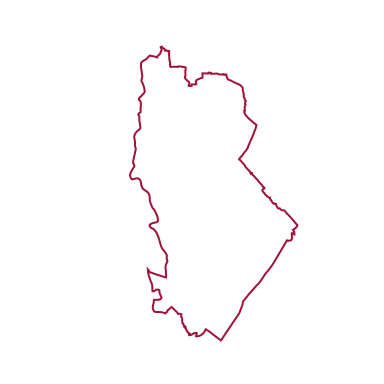 Valeni, Neamt, Romania (Albers equal-area conic projection), rotated 229°
{"feature_id": "2599482B70512380232271", "entity_name": "Valeni", "entity_type": "district", "adm_level": 2, "iso_a3": "ROU", "parent_name": "Romania", "parent_adm1": "Neamt", "projection": "albers", "projection_center": [26.711, 47.039], "detail": "fine", "context": "isolated", "style": "outline", "palette": "rose", "viewbox_px": 384, "rotation_deg": 229, "n_neighbors": 0, "source": "geoboundaries", "source_scale": "gbopen_adm2", "svg_char_len": 5973}
<svg xmlns="http://www.w3.org/2000/svg" viewBox="0 0 384 384"><g transform="rotate(229 192 192)"><path d="M200.3,284.6L205.5,283.7L210.2,283.1L214.1,282.9L217.0,283.4L217.8,283.8L217.9,284.2L218.8,284.5L218.5,284.9L218.6,285.2L219.5,285.7L220.6,286.8L221.8,287.7L222.0,288.0L222.6,289.5L223.6,289.7L224.8,290.8L225.3,292.3L225.8,292.5L226.4,292.3L227.0,292.3L227.7,292.9L228.1,292.9L228.8,293.3L229.8,293.4L231.5,294.8L232.0,295.5L233.4,296.0L235.9,297.4L237.3,298.6L237.9,298.8L241.3,298.5L242.3,297.9L243.1,297.9L244.6,296.9L251.1,294.2L253.4,293.0L254.4,293.1L255.7,293.7L257.5,294.3L257.8,294.4L258.0,294.9L258.6,294.7L258.8,294.0L259.4,293.6L259.2,293.5L259.4,293.0L260.8,292.3L261.1,291.9L261.1,291.5L262.0,290.5L262.7,289.9L265.1,288.5L266.5,286.6L268.7,283.9L269.0,284.0L269.2,284.5L269.4,284.5L270.8,283.4L271.3,282.6L271.3,282.2L270.8,282.0L274.7,277.7L271.5,275.1L271.5,274.6L272.1,273.4L273.0,270.5L273.5,269.2L273.5,268.9L273.1,268.3L272.9,267.3L270.5,265.9L270.7,265.5L272.2,263.7L273.3,262.5L273.4,262.2L272.4,261.2L274.2,259.1L274.9,259.8L275.7,261.4L276.9,261.9L279.7,261.4L281.1,261.5L282.4,261.4L283.0,261.6L283.7,262.4L283.9,263.2L284.5,263.8L287.4,266.0L288.2,267.2L290.2,268.9L292.0,267.7L292.4,267.1L294.6,265.4L295.6,264.2L295.7,263.2L296.4,263.0L297.0,262.0L298.4,260.6L299.3,259.2L300.2,258.4L300.3,257.9L300.6,257.8L301.9,258.4L302.5,258.8L302.6,259.4L303.1,259.7L303.4,259.7L305.4,261.1L307.0,261.9L308.1,262.9L310.8,264.8L313.0,267.1L313.7,267.2L314.2,266.1L314.7,266.1L316.5,264.4L317.0,265.2L317.5,265.0L318.2,265.0L319.4,264.6L320.0,264.2L321.5,264.6L321.9,263.6L321.9,263.4L319.5,262.7L319.4,262.5L319.4,262.3L319.2,262.1L318.3,260.7L317.8,259.3L317.2,258.8L317.1,254.8L316.4,254.0L318.8,252.6L322.7,249.6L322.3,244.9L323.0,240.8L323.0,239.1L322.4,237.8L321.2,236.7L319.8,235.5L312.6,230.9L311.8,230.2L309.6,227.3L308.8,226.6L306.4,226.1L303.6,225.0L300.9,223.6L298.9,222.3L298.3,221.4L297.6,216.2L297.7,214.9L297.4,213.6L297.2,213.1L296.2,212.4L295.6,212.6L294.2,212.5L293.0,212.0L291.2,210.5L288.8,208.0L286.0,205.7L286.2,203.1L285.8,202.4L285.1,202.0L284.3,202.1L283.3,201.6L280.7,199.3L274.2,195.2L273.9,194.4L273.7,192.7L273.9,189.9L273.0,186.6L271.3,184.2L269.8,183.5L267.0,181.7L265.2,180.0L263.4,178.8L261.5,178.0L259.2,175.0L255.0,169.3L252.9,166.7L250.7,166.2L249.9,165.8L249.0,165.2L248.9,164.4L248.1,161.6L247.1,159.1L245.7,156.4L243.9,155.5L242.9,155.0L241.2,154.9L240.6,155.4L239.0,158.6L238.4,159.5L237.1,160.5L235.8,160.6L234.3,160.5L232.2,159.5L230.6,158.4L228.4,157.3L226.8,157.1L225.3,157.3L221.7,158.3L219.8,158.4L217.9,157.9L216.3,157.0L213.4,154.7L211.8,153.8L206.7,152.0L205.5,151.7L203.4,151.9L197.2,150.2L195.4,149.3L193.2,148.0L192.3,147.0L192.3,145.8L193.3,143.7L194.2,142.3L195.0,139.6L194.9,138.4L193.5,137.5L192.5,137.4L189.2,138.7L184.8,138.6L179.8,137.0L171.6,133.2L169.8,132.6L168.5,132.3L165.6,132.3L162.0,131.9L160.6,131.4L158.7,129.5L155.6,127.8L154.5,124.9L153.1,123.1L152.2,122.3L149.2,120.3L147.6,118.8L146.1,117.8L144.6,116.3L153.9,110.5L154.4,110.3L156.1,109.3L157.1,108.8L158.5,107.9L159.3,107.7L162.5,107.9L160.3,106.2L157.8,104.8L151.6,102.2L149.6,101.7L148.6,101.1L147.5,100.7L144.2,97.9L142.9,97.1L142.7,97.6L141.9,98.5L141.8,99.8L141.9,100.8L140.0,102.9L139.0,102.9L138.7,102.4L137.5,101.4L133.4,100.1L132.3,99.6L132.0,99.2L131.8,98.6L131.9,97.8L132.2,96.8L132.7,95.9L135.6,92.5L134.3,91.2L133.3,90.1L131.6,87.6L130.0,86.1L129.3,85.7L126.9,85.2L126.2,85.3L125.6,85.6L123.2,88.2L121.2,90.2L120.3,90.9L117.8,92.4L118.1,92.9L118.0,93.2L118.0,94.8L118.7,95.8L118.7,96.2L118.4,97.4L118.4,97.6L118.7,98.1L118.7,99.4L118.5,101.3L115.4,101.4L110.9,101.8L109.1,101.5L108.4,102.6L106.8,103.8L105.5,102.5L104.7,101.9L103.7,101.8L102.6,101.4L101.2,100.0L100.1,99.2L98.9,98.7L98.2,99.0L96.9,98.3L94.9,97.5L94.6,97.5L94.4,97.8L95.2,98.1L95.4,98.4L95.3,98.7L95.0,98.8L94.5,98.7L93.5,97.9L92.4,97.5L89.7,96.8L88.0,96.9L87.1,96.5L86.9,97.2L86.7,97.4L86.4,97.2L86.3,96.9L86.4,96.6L85.8,96.0L84.7,97.4L84.3,100.4L84.0,100.9L84.0,101.2L83.6,101.5L83.1,102.4L82.5,103.0L81.9,102.7L81.7,102.1L80.5,100.4L79.5,101.4L78.7,102.9L78.2,104.5L78.0,106.0L77.9,107.4L78.4,109.8L79.4,112.3L75.5,113.5L69.1,114.7L61.0,116.5L61.9,120.0L63.0,123.8L69.5,148.1L69.8,148.7L73.6,155.8L75.9,158.8L76.1,159.4L76.3,161.1L77.1,165.7L77.5,167.4L77.8,169.3L78.5,175.7L79.2,180.0L79.1,181.5L79.3,182.5L80.0,186.1L82.2,194.1L82.6,196.5L83.2,200.3L84.3,204.9L85.3,208.3L93.2,231.9L92.8,231.9L92.1,232.5L92.0,232.9L91.4,233.6L90.6,234.9L91.2,236.9L95.1,239.9L95.4,240.4L94.6,240.6L94.3,241.1L93.9,241.1L93.5,241.4L93.0,241.3L92.8,241.4L93.9,242.3L94.4,242.9L96.3,243.3L97.2,243.3L97.2,244.4L96.8,246.0L97.1,248.1L97.7,249.7L98.0,249.8L98.6,249.7L100.0,249.8L101.6,249.6L103.2,249.8L106.3,249.8L112.1,249.7L113.3,249.4L113.6,249.6L117.2,249.6L117.6,249.5L119.1,248.0L120.5,247.5L122.1,247.5L122.6,246.6L123.6,246.2L125.2,246.6L126.4,246.7L127.9,247.6L128.6,247.2L128.7,246.9L129.3,246.7L129.7,246.4L129.6,246.0L129.8,245.9L131.2,245.7L133.7,246.4L134.7,246.1L134.9,246.4L135.9,246.6L136.2,246.9L136.3,246.6L137.6,246.5L139.3,245.7L139.8,246.0L140.3,245.8L142.0,245.6L143.4,245.9L144.5,245.7L146.4,245.8L147.2,246.1L147.4,246.7L147.3,249.2L147.8,249.4L148.8,249.3L149.0,249.0L149.5,248.9L149.9,248.9L150.6,249.3L156.8,249.2L159.0,249.4L160.5,249.2L164.3,249.2L164.6,249.2L165.1,248.9L166.2,249.0L166.4,249.2L166.7,249.7L166.9,249.8L167.0,249.5L166.9,249.3L167.1,248.9L167.1,248.4L167.4,248.4L167.7,248.6L167.6,248.9L167.9,249.0L168.5,249.0L168.7,248.8L169.1,249.1L169.4,249.0L169.9,249.1L170.0,249.0L170.5,249.1L172.2,248.9L174.3,248.9L176.1,248.8L177.2,249.4L179.1,249.3L184.0,249.3L185.8,249.0L186.0,249.4L186.4,251.4L186.4,251.8L186.5,252.3L186.5,253.3L186.7,253.5L186.7,253.9L186.7,254.0L186.9,255.1L187.7,257.8L187.6,258.1L187.7,259.1L188.0,260.6L188.4,261.8L188.6,262.6L188.8,262.9L188.9,263.4L189.0,263.6L189.5,264.1L194.8,275.3L197.3,279.7L197.6,280.6L198.2,281.7L200.3,284.6Z" fill="none" stroke="#9f1239" stroke-width="2"/></g></svg>